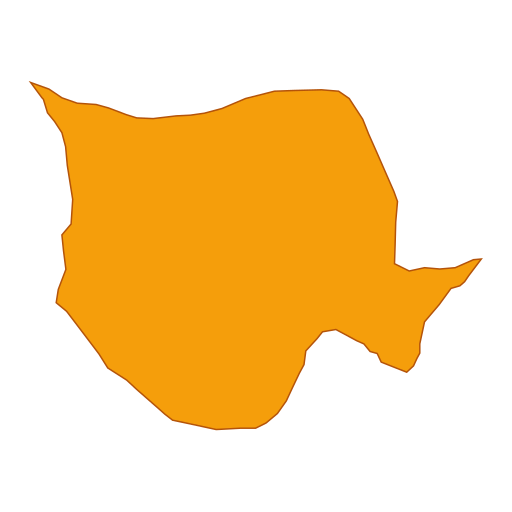 the district of Isin, Kwara, Nigeria
{"feature_id": "59680162B97277051818349", "entity_name": "Isin", "entity_type": "district", "adm_level": 2, "iso_a3": "NGA", "parent_name": "Nigeria", "parent_adm1": "Kwara", "projection": "robinson", "projection_center": [5.07, 8.257], "detail": "fine", "context": "isolated", "style": "filled", "palette": "amber", "viewbox_px": 512, "rotation_deg": 0, "n_neighbors": 0, "source": "geoboundaries", "source_scale": "gbopen_adm2", "svg_char_len": 1246}
<svg xmlns="http://www.w3.org/2000/svg" viewBox="0 0 512 512"><path d="M30.7,82.5L41.9,97.7L43.4,99.3L47.5,112.8L54.5,121.4L61.9,132.7L65.6,146.6L67.3,165.4L72.7,199.4L71.1,224.0L61.9,234.9L63.5,250.6L65.9,269.4L58.3,289.4L56.2,302.7L66.6,311.3L78.5,326.9L97.2,351.6L99.0,354.0L107.8,368.0L126.7,380.1L136.7,389.4L160.2,410.0L164.9,414.2L172.6,420.2L185.5,422.9L216.1,429.5L218.6,429.4L240.3,428.2L255.6,428.2L266.2,422.9L277.4,413.5L286.3,400.9L292.4,387.8L299.4,373.1L304.0,364.6L305.8,350.9L317.0,338.7L322.5,331.8L335.9,329.5L356.7,340.7L363.9,343.9L370.1,351.5L377.2,353.5L381.2,362.1L406.7,372.2L413.5,365.9L416.9,358.5L419.8,353.1L419.8,343.8L424.5,321.9L429.4,316.1L439.1,304.7L451.0,288.4L459.9,285.8L464.6,281.7L468.7,275.7L481.3,259.0L473.4,259.7L455.2,267.7L439.8,269.0L424.5,267.7L409.2,271.0L394.5,263.7L395.1,245.0L395.7,222.2L397.5,201.5L393.9,191.5L383.9,168.7L377.0,152.9L368.6,134.0L365.2,125.4L362.7,119.2L354.8,107.1L349.2,98.5L338.6,91.2L321.5,89.8L294.4,90.5L274.4,91.2L270.5,92.2L245.6,98.5L222.0,108.5L204.4,113.2L190.2,115.2L176.1,115.9L157.3,118.1L153.2,118.6L136.7,117.9L126.1,114.6L108.4,107.9L96.1,104.5L80.1,103.4L77.2,103.2L61.9,97.8L49.0,89.1L30.7,82.5Z" fill="#f59e0b" stroke="#b45309" stroke-width="1.5"/></svg>